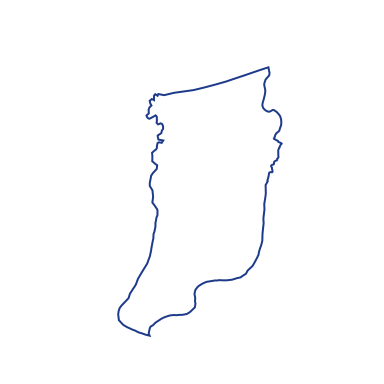 Ese Odo, Ondo, Nigeria, rotated 227°
{"feature_id": "59680162B74748273614391", "entity_name": "Ese Odo", "entity_type": "district", "adm_level": 2, "iso_a3": "NGA", "parent_name": "Nigeria", "parent_adm1": "Ondo", "projection": "mercator", "projection_center": [4.962, 6.236], "detail": "fine", "context": "isolated", "style": "outline", "palette": "blue", "viewbox_px": 384, "rotation_deg": 227, "n_neighbors": 0, "source": "geoboundaries", "source_scale": "gbopen_adm2", "svg_char_len": 3467}
<svg xmlns="http://www.w3.org/2000/svg" viewBox="0 0 384 384"><g transform="rotate(227 192 192)"><path d="M231.1,332.9L235.0,324.5L241.1,310.9L249.5,292.4L254.2,283.2L259.8,272.7L265.5,262.6L276.8,246.5L281.8,237.7L286.6,234.2L285.9,232.4L288.6,231.8L288.3,229.8L285.1,226.9L287.4,226.0L287.5,223.2L285.8,222.2L284.6,221.7L282.9,221.3L282.9,218.6L281.9,216.6L278.9,213.9L279.0,210.9L277.4,210.2L275.9,210.2L274.6,210.8L273.5,214.8L272.9,217.6L271.1,217.6L267.8,214.7L266.8,213.3L264.6,213.3L263.6,215.9L262.1,216.5L260.0,215.8L257.9,214.0L257.5,211.9L256.0,209.7L256.7,205.4L255.4,204.4L253.2,203.2L249.3,206.1L248.6,203.4L250.8,201.8L251.3,200.3L249.5,197.6L248.1,196.3L247.6,194.8L247.9,192.5L247.9,189.5L245.4,187.6L243.4,185.7L241.6,183.9L239.8,184.1L237.8,184.3L235.3,184.8L232.9,181.9L232.5,176.3L232.0,174.1L231.8,173.3L227.4,167.3L225.3,165.3L223.6,164.9L220.2,164.2L215.0,160.3L211.3,155.8L208.1,155.5L203.0,154.7L201.6,153.8L200.4,152.6L198.6,150.9L197.5,148.5L195.7,146.2L195.1,145.3L194.5,144.4L191.5,141.5L188.6,137.4L187.4,135.1L184.4,132.1L183.3,130.4L180.3,126.3L178.5,123.9L176.7,121.6L173.8,117.5L170.2,110.4L167.7,101.3L165.4,93.4L163.6,89.8L163.0,88.7L162.5,87.5L161.7,84.4L161.2,82.2L160.0,77.5L159.7,76.8L157.7,73.4L157.6,72.7L157.3,68.0L157.0,62.8L156.6,60.7L156.4,59.9L155.2,57.5L152.9,54.6L148.1,51.1L144.0,51.1L141.7,51.1L139.6,51.7L138.3,52.1L137.6,52.3L131.7,54.7L129.4,55.9L125.9,57.1L122.9,58.9L119.4,60.7L115.9,63.0L117.7,63.6L118.8,64.8L121.2,68.3L121.8,70.1L121.2,72.4L121.3,74.8L121.3,76.0L121.3,76.6L120.7,80.0L120.2,83.0L119.6,85.3L118.4,88.3L117.8,89.5L116.7,91.8L114.9,94.2L113.8,95.4L112.6,96.5L110.8,98.9L109.1,100.7L106.8,104.2L106.2,105.4L105.6,108.4L105.6,111.3L105.7,115.4L108.0,118.4L109.8,119.5L111.0,120.7L112.7,122.4L115.7,124.2L118.1,127.7L118.7,131.2L118.7,133.0L118.1,136.0L117.5,138.3L116.4,141.3L112.8,146.7L112.2,147.6L111.7,148.4L110.5,149.6L108.8,152.0L106.4,154.3L104.1,156.7L102.3,159.1L100.6,161.4L99.4,163.8L98.3,166.2L96.5,169.1L95.9,173.2L95.5,175.1L95.4,175.6L96.0,177.4L96.6,179.1L96.6,182.7L96.6,185.6L97.2,187.9L98.4,191.5L99.6,195.0L100.8,197.9L102.6,200.3L104.3,203.2L106.1,206.7L108.5,210.3L113.2,214.9L116.8,219.0L120.3,223.1L123.9,226.1L127.4,230.2L129.8,233.1L133.9,236.6L138.0,241.9L140.4,244.8L146.9,250.6L148.2,254.7L148.7,254.7L149.1,255.1L150.0,256.8L151.7,259.3L153.0,260.9L153.4,261.7L153.3,262.4L153.0,263.0L152.3,263.6L151.9,263.9L151.8,264.4L152.4,265.2L153.2,265.7L153.9,266.0L154.5,266.4L155.3,267.1L156.0,267.2L156.8,267.4L157.3,268.0L157.3,268.9L157.2,269.3L156.6,270.2L156.5,270.6L156.7,271.1L157.8,272.2L158.1,273.2L157.9,274.0L157.6,275.0L157.3,275.5L157.4,276.2L158.2,276.9L158.2,278.2L158.6,279.1L159.7,279.9L160.7,280.8L163.7,283.5L164.6,285.3L164.9,285.9L164.8,286.4L164.9,286.6L165.2,286.8L165.6,287.7L166.0,288.9L166.2,289.8L166.2,290.5L166.7,290.6L167.8,290.2L168.8,289.7L169.7,289.3L170.3,289.6L170.6,289.7L174.6,288.3L175.2,288.3L175.8,290.0L176.8,291.6L177.4,293.6L177.2,296.9L177.4,297.8L178.0,298.8L178.9,300.3L179.5,301.7L180.3,303.0L182.1,304.9L184.5,306.8L186.8,307.9L188.0,308.3L190.3,308.5L192.9,308.5L196.0,307.8L196.9,307.1L197.2,306.0L197.6,304.2L198.0,303.3L198.9,302.5L200.3,301.8L201.8,301.4L203.4,301.3L204.9,301.4L207.0,302.3L207.9,303.1L209.3,304.9L210.6,307.2L213.0,310.9L214.7,313.2L216.7,315.2L219.7,317.0L221.0,317.8L222.2,319.1L224.0,322.4L224.3,324.6L224.6,327.9L226.2,329.9L231.1,332.9Z" fill="none" stroke="#1e3a8a" stroke-width="2"/></g></svg>